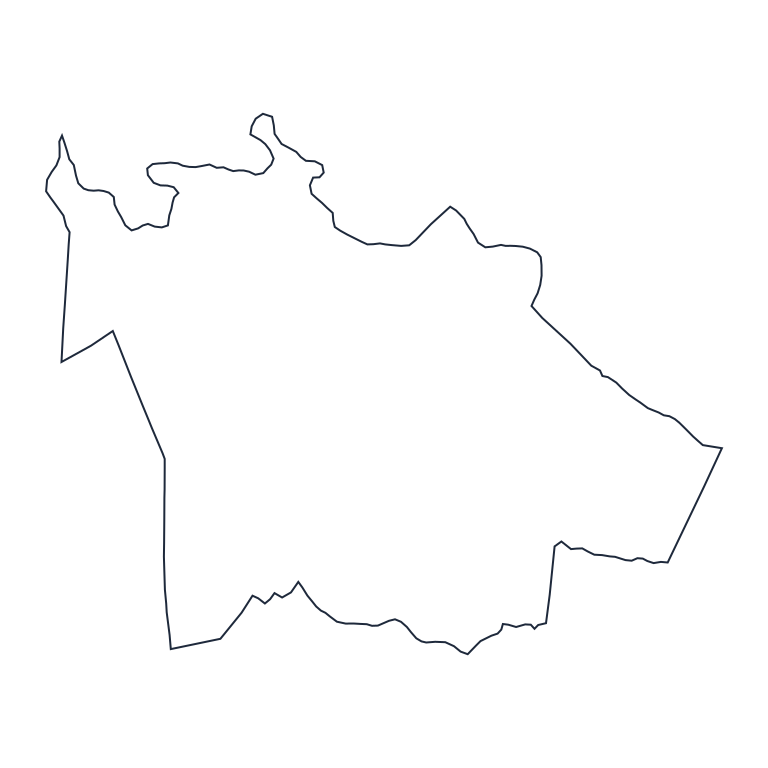 Kabete, Central, Kenya (Robinson projection)
{"feature_id": "3690345B91276718043628", "entity_name": "Kabete", "entity_type": "district", "adm_level": 2, "iso_a3": "KEN", "parent_name": "Kenya", "parent_adm1": "Central", "projection": "robinson", "projection_center": [36.694, -1.21], "detail": "fine", "context": "isolated", "style": "outline", "palette": "slate", "viewbox_px": 768, "rotation_deg": 0, "n_neighbors": 0, "source": "geoboundaries", "source_scale": "gbopen_adm2", "svg_char_len": 3181}
<svg xmlns="http://www.w3.org/2000/svg" viewBox="0 0 768 768"><path d="M450.2,206.7L430.9,224.2L415.7,240.1L409.2,245.3L401.2,245.9L391.8,245.1L385.2,244.4L380.0,243.4L373.3,244.2L367.4,244.4L361.9,241.9L354.3,238.1L347.3,234.6L340.3,230.7L334.8,227.0L333.3,220.8L332.7,212.9L327.2,208.0L322.0,202.9L316.6,198.3L311.6,193.8L309.9,185.3L313.1,177.6L319.5,177.3L323.7,172.6L322.2,165.1L314.8,161.3L305.9,160.8L300.6,156.9L296.3,151.9L288.5,147.6L281.6,144.0L278.4,139.3L274.6,133.9L273.8,125.4L272.1,116.8L262.9,113.8L255.7,118.7L251.7,126.3L250.4,134.4L260.5,140.1L265.3,144.1L270.0,150.3L273.6,158.6L271.2,164.7L267.5,168.3L263.3,173.1L255.4,174.7L249.1,171.7L243.7,170.5L238.8,170.4L233.2,171.1L228.5,169.5L223.5,167.3L216.7,167.8L209.5,164.5L201.3,166.1L195.6,167.1L189.3,166.9L182.7,165.7L177.9,163.4L170.4,162.5L164.7,163.2L159.2,163.4L152.6,164.1L147.2,168.5L147.9,175.2L153.7,182.8L160.5,185.4L167.3,185.6L173.7,187.2L178.4,193.0L174.1,197.3L172.6,202.5L171.4,208.9L169.3,215.3L167.9,225.4L161.8,227.4L154.7,226.6L148.0,223.9L142.7,225.5L138.1,228.4L131.6,230.4L125.3,225.3L121.2,217.1L117.9,211.5L114.6,204.6L113.8,197.0L108.8,192.6L103.6,191.0L98.6,190.3L93.6,190.7L88.3,190.2L83.7,188.6L78.3,183.3L76.0,175.6L73.8,165.0L69.3,159.3L67.1,151.2L64.3,142.3L62.0,135.6L59.3,141.6L59.6,148.5L59.6,157.1L56.4,165.4L51.7,171.9L47.1,179.8L46.1,191.3L50.3,197.4L53.7,202.0L63.5,215.6L66.1,226.1L69.6,232.2L68.7,244.3L67.8,259.2L66.9,273.2L64.9,304.1L63.2,328.6L61.5,362.0L91.0,345.7L112.8,331.0L118.8,345.8L130.9,376.6L142.5,405.2L148.6,420.0L151.9,428.1L162.6,453.3L164.7,458.9L164.7,468.1L164.6,489.6L164.4,497.8L164.3,518.3L164.1,543.3L163.9,556.6L164.9,589.7L166.2,603.5L166.7,612.3L169.6,635.0L170.8,649.1L220.4,638.8L241.6,612.7L252.5,595.7L258.2,598.3L264.9,603.5L270.1,599.2L274.5,593.1L282.1,597.5L291.0,592.4L298.3,581.9L302.3,587.4L307.4,595.6L312.4,601.7L316.2,606.5L320.9,610.6L325.4,612.8L329.7,616.3L336.9,621.7L345.7,623.6L353.3,623.5L360.1,623.9L366.8,624.2L372.0,625.8L377.9,625.6L389.0,620.8L395.0,619.3L401.0,621.8L406.9,627.0L411.0,632.2L416.3,638.3L421.5,641.4L426.2,642.5L435.2,641.8L445.3,642.2L454.0,646.2L460.6,651.6L467.7,654.2L476.0,645.6L480.5,641.1L491.4,635.7L497.6,633.6L501.3,629.6L502.9,624.0L508.3,624.7L516.1,627.0L525.2,624.4L530.8,624.7L534.5,628.8L538.2,625.0L546.0,623.2L549.7,594.8L554.6,546.4L561.4,541.5L571.0,549.1L576.5,548.6L582.3,548.4L587.8,551.5L594.3,554.7L602.1,555.1L609.8,556.4L615.0,556.8L625.5,560.1L631.7,560.7L637.4,558.2L642.8,558.6L647.3,561.0L653.6,563.1L660.9,561.9L667.7,562.5L704.2,486.3L721.9,448.2L702.8,445.1L698.0,440.9L693.2,436.6L686.1,429.4L679.4,422.8L674.9,419.1L669.4,416.2L663.8,415.3L658.7,412.5L652.4,410.0L647.8,408.1L640.9,403.0L635.4,399.3L629.2,395.0L622.1,388.5L616.3,382.6L607.9,377.1L602.4,376.0L600.0,370.5L591.3,365.7L570.6,343.9L562.1,336.1L542.3,318.0L531.5,306.0L534.3,299.6L537.6,293.3L540.2,285.0L541.6,275.8L541.5,265.2L540.7,257.1L537.2,252.3L529.9,248.6L522.8,246.7L515.8,246.0L510.6,245.8L505.7,245.9L501.0,244.9L492.8,246.6L485.3,247.3L478.0,242.6L473.6,234.0L469.7,228.5L466.7,223.8L464.3,218.9L460.6,215.1L456.1,210.5L450.2,206.7Z" fill="none" stroke="#1e293b" stroke-width="2"/></svg>